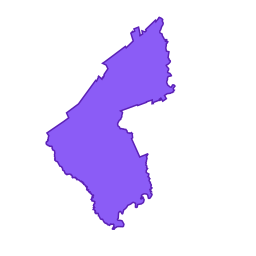 the district of El Mante, Tamaulipas, Mexico, rotated 63°
{"feature_id": "50627088B42847090379664", "entity_name": "El Mante", "entity_type": "district", "adm_level": 2, "iso_a3": "MEX", "parent_name": "Mexico", "parent_adm1": "Tamaulipas", "projection": "natural_earth1", "projection_center": [-98.766, 22.608], "detail": "fine", "context": "isolated", "style": "filled", "palette": "violet", "viewbox_px": 256, "rotation_deg": 63, "n_neighbors": 0, "source": "geoboundaries", "source_scale": "gbopen_adm2", "svg_char_len": 5904}
<svg xmlns="http://www.w3.org/2000/svg" viewBox="0 0 256 256"><g transform="rotate(63 128 128)"><path d="M163.4,192.1L163.7,192.4L164.4,191.9L164.2,192.6L164.9,192.6L165.2,192.2L166.3,191.8L166.6,191.9L166.9,191.6L167.4,191.7L167.6,191.0L168.0,191.4L168.7,191.0L168.9,191.1L169.1,190.7L169.7,190.8L170.1,190.5L170.5,190.7L171.5,190.3L172.1,189.3L172.6,189.5L172.4,190.0L172.6,190.3L172.7,190.0L172.9,190.2L172.9,190.6L173.7,190.7L173.5,190.9L173.7,191.2L173.5,191.6L174.1,191.6L174.4,192.6L174.9,192.9L175.2,192.4L175.1,193.2L175.7,193.0L176.6,193.2L177.0,192.7L176.8,192.5L177.4,192.3L177.8,191.5L178.6,191.1L179.0,191.6L180.1,191.6L179.7,191.8L180.0,192.2L180.3,192.1L180.6,193.3L181.3,193.7L181.4,194.0L182.5,193.8L183.1,194.8L183.7,194.3L183.7,194.8L184.0,195.0L184.3,195.4L184.3,195.0L184.5,195.1L184.6,195.4L184.9,195.7L186.6,194.7L186.8,195.1L187.3,195.0L187.9,195.6L188.1,195.5L188.2,195.1L188.5,195.2L188.5,195.7L188.9,195.8L189.9,195.3L189.9,194.4L190.6,193.4L191.1,193.7L192.0,193.7L192.6,194.1L192.7,193.9L193.6,193.8L196.6,193.8L196.9,193.5L196.9,193.3L197.5,193.0L197.8,192.1L200.8,192.1L201.2,191.8L202.1,191.7L202.9,191.1L203.3,190.3L203.9,190.4L204.8,189.7L205.3,189.8L205.8,188.9L206.3,188.7L206.1,187.7L205.6,187.2L205.9,186.6L206.4,186.4L207.1,184.6L207.7,184.5L209.4,185.4L210.4,185.2L210.5,185.8L210.1,186.0L209.7,185.9L209.7,186.3L210.0,186.6L210.6,186.4L210.8,186.7L210.6,187.5L211.1,187.7L211.9,186.2L211.3,185.4L211.0,182.5L211.3,181.6L213.6,177.4L213.4,176.6L211.9,175.3L208.2,175.4L207.7,175.7L206.8,176.8L205.8,178.7L204.9,179.0L204.3,178.5L203.9,177.6L199.4,175.0L198.6,173.5L198.8,172.7L199.1,172.5L201.5,172.3L201.9,172.1L201.9,171.6L199.1,169.1L198.8,167.4L198.2,165.5L196.8,163.3L197.0,160.2L196.5,157.5L196.8,156.8L198.6,155.5L201.8,157.3L202.5,156.9L202.7,156.0L202.6,155.7L200.6,154.1L201.7,150.5L201.4,148.3L201.0,147.7L199.3,146.2L198.1,146.2L197.2,146.7L197.1,147.3L197.3,148.0L196.9,148.7L196.5,148.7L196.0,147.9L196.6,146.6L196.6,146.0L196.2,146.1L195.7,146.8L194.8,147.0L194.1,146.4L193.8,144.5L194.1,143.2L195.4,141.3L196.8,140.9L199.7,141.7L200.3,141.3L200.4,140.8L200.4,140.0L198.9,137.5L197.9,136.6L196.6,137.2L195.3,136.6L194.3,136.8L193.8,136.5L194.2,136.2L192.7,136.4L192.6,136.1L193.0,135.4L192.6,134.9L192.5,134.1L192.1,133.8L191.4,134.4L189.9,133.8L189.7,133.3L188.8,133.0L187.5,133.3L186.5,132.7L186.2,133.0L184.4,133.1L183.9,132.8L183.1,131.5L182.2,131.9L181.5,131.6L180.5,132.3L180.2,131.7L178.5,130.3L176.7,131.5L175.7,131.9L174.0,130.9L173.6,129.9L173.2,129.8L173.0,129.0L171.8,129.5L171.4,129.0L170.1,128.5L169.6,128.9L169.0,128.8L167.9,127.9L167.3,128.0L166.8,127.8L166.6,127.1L165.4,126.4L164.0,125.1L163.9,125.2L163.5,124.8L162.9,124.8L162.5,124.5L161.6,124.5L160.9,123.7L161.2,123.4L160.4,122.2L159.9,122.4L159.7,125.3L159.2,130.7L139.1,129.7L138.8,128.3L135.5,127.1L135.1,126.6L133.7,127.1L133.9,127.5L133.8,128.1L133.4,128.4L133.5,128.7L133.2,128.8L133.2,129.2L132.0,130.5L131.3,130.6L130.2,130.2L128.2,130.6L128.1,131.3L127.5,131.7L127.1,132.5L126.8,132.5L126.4,133.3L125.7,133.8L125.2,135.2L123.3,135.2L121.5,136.0L119.8,135.5L118.8,134.6L117.2,132.2L117.0,130.6L116.6,130.5L115.2,128.4L114.4,128.2L111.9,125.9L111.2,125.9L109.4,126.9L111.5,109.3L112.4,109.2L113.5,99.9L113.4,99.5L113.1,99.5L114.0,93.7L117.3,95.6L117.7,94.4L116.7,94.3L117.4,87.5L117.9,87.2L117.8,86.3L116.6,86.8L116.3,85.2L119.9,84.9L119.3,80.5L115.6,80.7L115.2,77.5L116.3,74.5L116.2,73.4L116.5,72.4L116.2,71.9L116.4,71.5L116.4,71.0L115.8,70.7L115.3,69.6L114.7,70.1L113.1,69.6L112.1,67.2L111.6,67.1L110.4,67.6L109.9,68.5L109.9,68.9L111.1,70.5L111.2,71.1L110.5,71.9L107.8,73.1L105.1,72.9L104.3,72.5L102.7,70.8L101.6,70.3L100.6,69.3L100.5,68.2L101.1,66.2L101.1,65.6L100.5,65.5L98.3,65.9L97.0,67.2L96.4,67.4L95.4,66.8L94.6,65.4L93.4,64.8L90.9,65.5L89.7,65.6L89.4,65.3L89.4,63.6L89.0,62.0L88.4,60.6L87.6,59.9L87.0,59.9L86.0,60.4L84.7,60.1L83.5,60.4L78.7,56.9L77.0,58.8L74.5,58.2L73.4,57.7L71.9,56.4L70.5,55.8L70.0,54.4L69.2,53.3L68.4,53.7L68.4,54.7L67.7,55.3L67.4,55.3L67.2,54.9L67.2,53.9L66.8,53.5L65.9,55.1L64.7,55.5L64.0,55.3L61.6,55.5L59.6,55.0L58.0,56.2L57.3,56.3L56.0,55.6L55.3,54.3L52.9,51.9L51.8,50.0L50.5,49.0L48.2,48.9L47.3,47.9L46.9,47.9L45.5,48.4L43.6,49.9L43.6,50.3L43.9,50.4L45.2,53.2L45.4,53.3L45.2,53.3L46.0,54.9L44.4,54.7L48.0,66.6L48.4,67.6L49.6,67.5L50.1,69.2L47.8,71.4L50.9,72.3L51.2,75.4L50.6,75.3L50.5,74.8L42.9,72.8L42.4,77.7L44.8,78.1L44.7,80.4L44.1,80.3L44.8,82.4L52.8,83.8L55.7,93.2L54.1,93.3L58.5,118.6L58.8,121.3L62.0,118.9L66.1,119.0L69.2,124.6L70.0,125.5L70.6,125.5L71.2,126.4L71.1,126.8L71.6,126.8L71.9,127.2L71.5,127.5L72.2,128.4L72.0,128.5L72.6,129.1L68.5,130.6L68.8,131.1L69.1,131.0L72.0,134.8L70.9,135.2L84.1,161.2L86.6,175.9L92.0,176.2L93.0,182.3L95.6,202.5L99.0,202.1L100.1,203.2L101.5,204.1L101.8,204.7L102.3,204.9L102.6,204.7L103.3,205.8L103.1,206.3L103.2,206.8L103.6,206.9L103.8,207.5L105.0,208.1L106.2,207.8L107.0,207.1L107.5,207.1L108.4,206.0L108.8,206.0L109.7,204.2L110.5,204.2L111.5,204.8L111.7,204.6L113.2,205.1L114.1,204.3L115.0,203.9L117.3,204.6L118.0,205.4L119.2,205.8L119.8,206.3L120.7,206.3L121.2,206.4L121.7,207.0L122.2,206.8L122.7,207.0L122.8,207.5L123.3,207.8L125.1,207.1L126.0,206.1L131.1,206.0L131.9,205.1L132.6,204.7L133.2,204.9L134.1,204.6L135.5,205.2L136.1,205.2L137.2,204.4L139.9,204.6L140.6,204.4L141.0,203.8L141.1,204.0L141.8,203.7L142.3,201.3L143.4,200.0L143.7,200.2L144.5,199.6L145.8,199.6L146.4,200.0L146.6,199.7L147.2,199.8L147.3,199.1L147.8,198.5L147.9,197.6L148.5,197.6L148.6,197.1L149.9,197.1L150.0,196.6L150.4,196.5L150.7,196.8L150.8,196.5L151.0,196.5L152.0,195.3L153.4,194.8L154.2,194.2L154.3,193.8L154.8,194.1L155.1,193.8L155.4,193.1L155.7,193.3L156.0,193.0L156.4,193.3L156.5,192.9L157.2,192.5L157.7,193.0L158.2,193.0L159.0,192.3L160.1,192.2L160.5,191.9L161.0,192.1L161.6,191.7L161.3,191.4L161.7,191.1L162.4,191.4L162.6,192.0L163.4,192.1Z" fill="#8b5cf6" stroke="#5b21b6" stroke-width="1.5"/></g></svg>